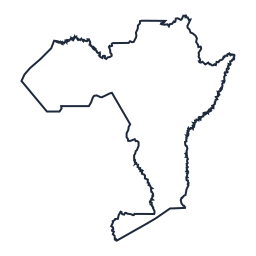 Borba, Amazonas, Brazil (Robinson projection)
{"feature_id": "56859067B43884910797312", "entity_name": "Borba", "entity_type": "district", "adm_level": 2, "iso_a3": "BRA", "parent_name": "Brazil", "parent_adm1": "Amazonas", "projection": "robinson", "projection_center": [-59.228, -5.33], "detail": "fine", "context": "isolated", "style": "outline", "palette": "slate", "viewbox_px": 256, "rotation_deg": 0, "n_neighbors": 0, "source": "geoboundaries", "source_scale": "gbopen_adm2", "svg_char_len": 5794}
<svg xmlns="http://www.w3.org/2000/svg" viewBox="0 0 256 256"><path d="M185.0,207.9L185.1,207.4L184.7,207.3L184.1,205.8L183.3,205.7L181.5,203.4L180.7,200.1L181.6,197.8L182.1,198.0L183.7,195.9L185.5,195.0L186.5,189.4L188.5,185.1L187.7,184.1L188.6,183.0L187.7,181.3L187.9,180.5L186.6,180.0L186.3,178.1L186.7,177.9L186.6,177.2L187.4,177.2L186.8,176.4L187.5,173.9L187.1,173.6L187.8,173.0L187.4,172.3L188.1,171.8L187.7,171.0L187.5,171.6L186.4,171.4L186.8,170.9L186.8,168.6L187.0,168.8L186.6,167.7L186.9,167.3L187.3,167.8L187.8,167.1L186.7,165.1L187.0,164.2L186.7,163.8L187.7,163.0L187.0,161.2L187.4,159.4L187.9,159.1L187.2,157.4L186.7,157.2L186.8,156.4L186.3,156.5L186.8,155.8L186.2,155.1L186.7,154.8L186.6,154.2L186.1,154.4L185.6,153.7L186.4,153.5L186.1,153.1L186.7,152.7L186.5,151.5L187.4,148.5L186.9,146.8L186.3,146.3L186.5,145.9L185.3,145.0L185.0,142.0L186.4,141.3L186.2,139.3L186.7,138.6L186.2,137.4L186.9,136.5L186.5,135.8L187.3,136.1L187.3,135.1L188.2,135.2L188.4,134.3L187.6,134.2L187.2,133.3L188.1,133.3L188.0,132.3L188.5,131.4L187.6,130.9L188.2,130.4L188.4,129.2L188.0,128.8L188.3,128.2L188.9,129.5L189.1,128.8L190.1,128.8L190.7,127.9L191.3,128.0L191.1,128.5L192.2,127.9L192.9,128.7L193.0,127.7L194.1,126.9L194.2,126.2L193.0,126.3L192.6,125.6L194.4,124.3L193.4,123.0L194.6,123.2L195.4,122.5L195.1,120.9L195.9,121.2L196.4,119.6L198.5,120.4L198.6,118.4L200.5,119.6L200.6,118.7L199.9,117.5L199.5,117.7L199.4,117.0L201.6,117.1L202.4,116.3L203.3,116.3L203.4,115.1L204.5,114.7L204.4,114.0L203.5,113.4L203.6,112.9L205.6,112.5L206.1,113.7L207.0,112.5L208.0,113.2L207.8,111.7L208.4,110.8L209.5,111.6L210.4,111.1L209.7,110.4L208.9,110.5L209.2,109.6L210.9,109.7L210.5,108.8L211.2,108.1L213.1,108.2L212.2,105.8L212.8,105.7L213.5,106.5L213.6,104.9L215.0,103.8L214.7,102.3L215.3,101.9L215.5,100.1L217.3,99.3L215.9,96.9L218.1,96.3L218.0,94.5L218.8,95.3L219.4,94.7L217.9,91.8L218.7,91.9L218.9,91.3L219.8,91.3L220.5,90.7L220.2,89.1L220.8,88.3L221.3,89.7L221.7,89.2L222.5,85.7L222.2,83.9L222.9,82.7L223.9,82.7L224.3,81.7L223.6,81.7L223.8,81.2L223.2,81.0L224.4,80.6L224.2,76.7L224.9,75.5L225.6,75.3L224.7,73.5L224.7,72.7L225.1,72.2L226.9,72.6L227.6,72.0L226.6,70.4L226.7,68.8L227.7,68.1L228.5,68.9L228.8,68.4L227.9,66.2L228.8,65.6L228.6,64.1L230.1,64.8L230.6,64.1L230.1,61.5L232.1,60.6L232.2,59.8L233.9,59.5L234.2,58.4L233.5,58.0L234.5,55.7L234.2,54.8L232.2,54.5L231.9,55.0L230.9,54.3L230.3,55.1L229.2,53.4L228.4,54.2L227.8,54.1L227.2,54.7L227.2,55.8L225.2,55.7L224.4,57.2L223.6,56.8L222.6,59.4L219.6,60.5L218.5,62.2L216.6,61.9L215.8,65.1L214.6,64.9L214.3,64.4L212.9,65.4L211.6,65.2L210.6,64.1L209.6,64.3L208.3,62.6L205.3,64.4L202.5,61.8L200.6,62.6L199.4,62.2L199.0,61.3L199.8,61.3L200.1,59.7L198.6,56.5L199.0,54.8L198.6,52.9L201.1,48.9L201.0,47.2L200.5,46.6L198.4,47.1L198.0,44.9L196.1,42.0L196.9,38.4L195.6,35.8L192.7,33.4L190.5,32.5L189.5,29.6L187.6,27.7L187.4,25.9L190.4,19.6L188.8,19.9L187.7,17.4L185.6,17.3L186.1,15.9L185.8,15.4L184.4,15.9L183.3,15.7L181.9,18.9L180.9,19.9L177.7,18.3L175.8,18.6L175.3,21.7L174.6,22.1L173.8,21.5L172.1,23.8L169.8,24.2L168.9,26.3L167.5,24.3L164.8,24.7L161.9,24.3L161.9,23.5L161.0,23.7L161.1,23.3L163.7,22.6L165.3,20.9L141.7,20.7L140.0,21.2L139.9,23.5L137.9,25.5L137.8,28.5L135.9,32.7L136.4,35.7L136.0,37.5L133.7,41.9L132.1,42.2L130.0,41.2L128.7,42.9L112.9,43.1L112.1,43.5L111.7,44.0L112.1,45.8L110.4,46.4L109.6,45.9L108.9,46.9L110.2,50.3L110.3,52.6L111.7,54.5L111.6,55.9L109.9,57.0L107.6,57.4L106.3,58.9L104.7,58.1L105.0,56.1L104.6,55.8L103.1,55.9L102.2,58.0L99.6,56.4L99.8,55.7L99.1,55.2L100.0,54.2L99.8,52.5L98.2,53.0L96.9,52.3L96.7,50.9L95.3,50.2L95.7,49.0L94.0,47.5L93.6,47.9L94.2,49.0L93.7,49.2L92.8,48.1L92.9,46.9L92.2,47.1L91.4,45.9L90.6,45.8L90.5,44.7L89.6,44.6L90.3,42.4L88.9,39.3L87.6,39.3L88.1,40.4L86.9,41.2L83.6,40.4L83.3,41.2L82.6,40.5L82.1,40.7L82.9,39.9L82.1,39.9L81.3,38.7L80.1,40.1L78.9,39.4L78.1,40.0L77.5,39.3L77.8,38.6L76.3,37.6L76.3,36.8L75.5,37.3L75.0,36.7L75.0,38.2L74.6,37.4L74.0,38.6L73.6,37.6L73.1,38.0L73.1,39.6L71.5,38.1L71.6,39.3L70.7,38.6L69.3,40.6L68.8,40.8L68.8,40.2L68.1,40.0L67.6,41.0L66.8,40.1L66.2,40.7L66.3,42.1L65.4,41.0L65.2,42.1L64.4,42.3L64.2,43.0L63.1,42.5L62.9,43.3L62.4,42.5L61.9,43.8L60.8,42.8L61.4,42.2L60.5,41.7L61.0,41.0L59.9,42.0L57.1,41.6L57.5,42.2L56.7,41.9L57.2,41.2L54.1,40.7L51.2,48.3L40.5,59.0L29.9,68.2L24.4,74.6L21.5,81.0L46.9,111.5L59.5,111.5L61.6,108.4L61.1,106.1L88.9,106.1L91.2,102.1L92.9,97.3L94.2,95.8L96.7,95.4L100.3,97.1L102.0,97.2L109.8,93.4L111.9,92.8L130.2,124.3L128.7,126.8L128.3,129.9L126.6,133.3L126.6,137.3L127.7,138.5L128.2,140.9L130.4,140.9L134.7,139.2L135.7,141.1L136.9,140.9L138.6,142.2L138.6,145.9L136.9,150.1L135.7,151.2L135.2,153.5L134.1,155.4L134.2,159.8L134.7,159.6L135.1,160.1L134.7,161.8L135.0,162.5L135.9,162.7L135.4,163.7L136.0,163.3L137.4,164.9L138.0,164.9L137.6,167.0L138.7,167.4L139.2,168.8L140.2,168.3L140.3,170.9L141.9,170.2L142.6,170.6L141.5,171.8L142.1,172.4L141.9,173.7L144.3,174.7L145.0,175.6L144.9,178.4L147.8,179.6L147.7,182.6L148.6,182.7L149.4,184.5L149.4,185.0L148.7,184.7L148.6,185.1L150.1,185.6L150.7,187.2L152.1,188.3L151.1,188.5L151.0,189.7L151.3,191.8L152.1,192.1L153.1,194.0L152.4,195.6L153.1,196.0L151.5,198.5L152.8,199.7L150.9,200.0L149.8,201.9L150.0,202.5L150.8,202.0L151.8,202.8L151.5,204.4L151.0,204.7L152.2,205.4L152.1,206.1L153.2,207.4L152.9,207.9L154.5,211.1L154.5,212.9L154.1,214.0L134.4,213.9L134.0,214.9L133.0,215.2L131.0,214.2L127.4,213.7L126.0,212.8L125.1,213.0L124.1,214.6L122.9,214.4L121.8,213.7L121.5,212.1L120.6,211.7L118.6,215.3L117.9,218.8L115.1,219.0L114.7,220.1L112.7,221.2L113.0,222.4L111.2,226.2L113.0,227.4L113.2,229.2L112.3,229.6L112.0,230.7L113.9,231.6L112.8,234.2L114.6,235.7L114.8,239.3L115.8,238.9L116.2,239.3L116.1,240.4L116.8,240.6L148.4,222.7L155.5,218.5L170.0,208.5L185.0,207.9Z" fill="none" stroke="#1e293b" stroke-width="2"/></svg>